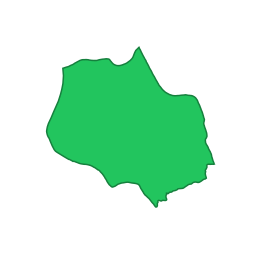 the district of Man'ar, Al Mahrah, Yemen, rotated 234°
{"feature_id": "15242507B25634508234618", "entity_name": "Man'ar", "entity_type": "district", "adm_level": 2, "iso_a3": "YEM", "parent_name": "Yemen", "parent_adm1": "Al Mahrah", "projection": "robinson", "projection_center": [50.908, 16.452], "detail": "fine", "context": "isolated", "style": "filled", "palette": "green", "viewbox_px": 256, "rotation_deg": 234, "n_neighbors": 0, "source": "geoboundaries", "source_scale": "gbopen_adm2", "svg_char_len": 5802}
<svg xmlns="http://www.w3.org/2000/svg" viewBox="0 0 256 256"><g transform="rotate(234 128 128)"><path d="M47.3,104.9L47.5,105.5L47.8,105.9L48.1,106.3L49.5,107.2L49.9,107.5L50.0,108.0L50.2,108.5L51.2,109.1L51.5,109.5L51.5,110.1L51.1,110.6L50.3,111.3L49.9,111.5L49.4,112.0L49.3,112.5L49.2,113.1L49.0,113.7L48.6,114.2L47.8,115.1L47.2,115.9L47.1,116.5L47.2,117.0L47.6,117.4L48.6,117.7L49.1,117.8L49.6,118.0L50.0,118.2L50.8,118.9L51.2,119.2L51.4,119.7L51.6,120.2L52.1,120.5L52.6,120.8L52.2,121.4L51.7,121.5L51.4,121.9L51.3,122.5L51.5,123.0L51.6,123.6L51.5,124.1L50.8,125.1L50.6,125.7L50.5,126.8L50.6,127.5L50.4,128.0L49.9,128.9L49.7,129.4L49.4,130.5L49.3,131.1L49.2,131.7L49.4,132.8L49.1,133.3L48.8,133.8L47.9,135.3L47.0,136.9L46.9,137.4L46.8,138.0L46.8,140.4L46.7,141.6L46.7,142.3L46.7,143.4L46.6,144.0L45.9,145.6L45.6,146.0L45.5,146.6L45.5,147.2L45.6,148.3L45.5,148.9L45.3,149.5L45.1,150.0L44.9,150.5L44.1,151.4L43.7,151.8L43.3,152.1L42.9,152.5L42.6,152.9L42.3,153.5L42.1,154.7L42.0,155.8L42.0,158.8L41.9,159.4L41.7,159.9L41.4,160.4L41.4,161.9L41.8,162.1L42.3,162.3L43.4,162.6L44.9,163.3L45.8,163.8L46.3,164.2L46.6,164.6L46.9,165.1L47.4,165.2L47.9,165.4L48.3,165.7L48.6,166.2L49.0,167.3L49.9,168.8L50.3,169.1L50.7,169.3L51.2,169.6L51.6,170.0L51.8,170.5L51.7,171.1L51.5,171.6L51.2,172.1L50.9,172.5L50.5,172.9L50.2,173.3L49.2,174.9L48.5,175.7L48.2,176.2L48.1,176.6L48.5,176.6L49.7,177.1L50.7,177.3L51.0,177.4L52.0,177.6L52.6,177.9L52.9,178.0L53.2,178.1L53.5,178.2L53.9,178.4L55.3,178.8L56.0,179.1L57.4,179.8L57.7,179.9L58.3,180.1L58.7,180.1L59.4,180.3L60.1,180.5L60.8,180.6L61.8,180.7L63.2,180.9L63.9,181.0L64.5,181.2L65.2,181.4L66.2,181.6L67.6,181.7L68.3,181.7L68.6,181.8L69.1,181.8L69.9,182.0L70.7,182.2L71.0,182.4L71.8,182.9L72.4,183.2L72.9,183.6L73.2,183.9L73.4,184.2L73.6,184.5L73.7,184.8L73.9,185.5L74.6,186.6L74.8,186.9L75.2,187.2L75.5,187.4L76.5,188.0L77.2,188.4L77.8,188.7L78.1,188.8L78.7,189.0L79.4,189.2L80.4,189.6L81.0,189.8L81.7,190.0L82.4,190.2L83.2,190.4L84.1,190.7L84.8,191.0L86.1,191.4L86.7,191.6L86.9,191.8L87.5,192.2L88.0,192.7L88.5,193.2L88.6,193.5L88.9,193.7L89.3,194.2L89.6,194.5L89.8,194.7L90.5,195.0L91.5,195.3L92.5,195.6L93.0,195.9L93.3,196.0L93.9,196.2L95.9,196.9L96.6,197.1L96.9,197.3L97.2,197.3L97.5,197.4L98.1,197.6L99.0,197.7L99.4,197.9L99.8,197.9L101.1,198.4L102.1,198.6L102.8,198.8L103.4,199.0L104.7,199.3L106.1,199.5L107.2,199.7L108.9,200.2L109.5,200.3L109.9,200.4L112.1,200.4L112.8,200.4L114.1,200.0L114.8,199.7L115.8,199.2L116.8,198.5L118.7,196.4L118.9,196.1L119.4,195.6L120.5,194.6L121.0,194.1L121.2,193.7L121.4,193.4L121.9,192.4L122.1,192.2L123.3,190.2L124.2,188.5L124.8,187.6L125.0,187.3L125.9,185.8L126.5,184.9L127.4,183.9L127.9,183.3L128.8,182.6L129.4,182.2L130.0,181.7L130.9,181.1L132.2,180.5L132.5,180.4L132.8,180.2L134.4,179.5L134.8,179.3L136.6,178.9L137.6,178.7L138.0,178.6L140.0,178.4L142.0,178.4L144.1,178.2L144.9,178.3L146.0,178.5L146.3,178.5L146.7,178.5L148.0,178.7L151.1,179.0L151.5,179.1L151.9,179.1L152.3,179.2L154.3,179.5L155.4,179.5L157.8,179.8L159.6,180.2L159.9,180.2L160.9,180.4L161.2,180.4L161.5,180.4L162.2,180.5L163.5,180.6L163.8,180.6L165.5,181.0L166.2,181.1L166.6,181.2L168.3,181.4L168.6,181.5L169.6,181.6L170.1,181.6L170.4,181.6L171.1,181.8L171.7,182.0L172.0,182.1L173.7,182.2L174.1,182.2L175.1,182.4L178.3,182.8L179.4,183.0L182.4,183.5L183.6,183.8L184.4,183.9L185.0,183.9L186.0,184.1L186.8,184.3L186.7,183.3L186.5,182.7L186.4,181.6L186.3,180.8L186.2,180.1L186.1,179.8L185.9,179.4L185.6,178.8L184.9,177.5L182.5,173.8L182.2,173.1L181.9,172.4L181.8,172.1L181.4,169.9L181.3,169.5L181.3,167.6L181.3,164.8L181.4,164.4L181.6,163.6L181.8,162.5L182.0,162.2L182.1,161.5L182.5,160.1L183.1,158.6L183.6,157.6L184.0,157.0L184.8,156.0L185.1,155.7L185.8,155.1L187.1,154.3L187.4,154.1L188.0,153.9L188.9,153.6L189.9,153.5L190.3,153.4L191.6,153.4L191.9,153.3L194.2,153.3L194.8,153.1L195.1,152.9L195.6,152.4L196.6,151.3L197.0,150.7L197.3,150.1L198.0,148.9L198.7,147.7L199.9,145.3L200.2,144.6L200.6,143.4L201.0,142.4L201.9,141.1L202.5,140.3L204.0,138.4L204.9,137.5L205.3,137.0L206.6,135.9L207.3,135.1L207.5,134.9L207.7,134.6L208.4,133.7L209.0,132.7L209.7,131.8L210.2,130.9L210.5,130.1L210.9,128.8L211.1,127.3L211.4,125.4L211.4,125.1L211.5,124.3L211.6,123.5L211.7,123.1L211.7,122.3L211.7,121.2L211.9,120.1L212.3,118.6L212.6,116.4L212.9,115.3L213.1,114.8L213.4,114.1L213.9,112.6L214.1,112.0L214.3,111.2L214.6,110.4L208.2,106.5L202.2,101.5L198.1,97.1L194.8,93.1L190.6,87.4L184.8,77.4L181.3,71.6L178.4,66.3L176.4,63.5L175.0,62.0L173.3,60.3L171.8,59.5L169.9,58.7L167.8,58.2L165.9,58.1L162.0,57.1L158.0,56.2L154.0,55.6L151.9,55.7L150.1,56.3L142.3,59.5L137.5,61.6L136.9,62.2L135.9,62.7L135.0,63.1L134.5,63.4L134.0,63.6L133.4,63.8L133.1,64.3L132.7,64.7L132.2,65.2L131.7,65.5L131.1,65.8L129.7,66.8L128.7,67.4L127.4,68.3L126.5,69.1L126.1,69.5L124.9,70.7L124.1,71.6L123.7,72.1L123.4,72.5L123.0,72.9L122.2,73.7L120.0,75.5L118.5,76.4L117.4,76.9L116.2,77.4L115.7,77.7L114.7,78.2L114.1,78.3L113.0,78.7L112.4,78.9L111.9,79.0L111.5,79.4L111.0,79.6L110.4,79.8L109.9,79.9L108.9,79.9L106.2,80.3L103.9,80.3L101.8,80.2L100.7,80.0L99.1,80.0L98.5,79.9L96.8,79.6L94.7,79.5L93.6,79.5L93.1,79.5L92.6,79.6L92.1,79.8L91.1,79.9L90.1,80.2L89.7,80.4L89.3,80.8L89.1,81.4L88.6,83.1L88.5,83.7L88.5,84.3L88.4,85.2L88.5,86.2L88.4,86.7L88.3,87.3L87.9,88.4L87.6,89.5L87.2,90.6L86.9,91.1L86.3,92.2L85.5,93.9L84.9,95.0L84.6,95.5L84.3,96.0L83.9,96.4L83.5,96.8L82.6,97.6L81.3,98.8L79.7,100.5L78.5,101.7L77.6,102.4L77.2,102.8L76.2,103.2L75.7,103.4L75.2,103.4L74.3,103.4L73.7,103.3L71.9,102.9L70.9,102.8L68.7,102.7L68.2,102.6L67.7,102.6L67.2,102.6L66.6,102.5L66.1,102.4L64.0,102.4L63.5,102.5L63.0,102.6L62.1,102.9L60.5,103.1L58.8,103.5L57.8,103.6L53.6,103.7L52.0,103.9L51.5,104.0L51.0,104.0L50.5,103.9L48.3,103.9L47.8,104.0L47.5,104.4L47.3,104.9Z" fill="#22c55e" stroke="#15803d" stroke-width="1.5"/></g></svg>